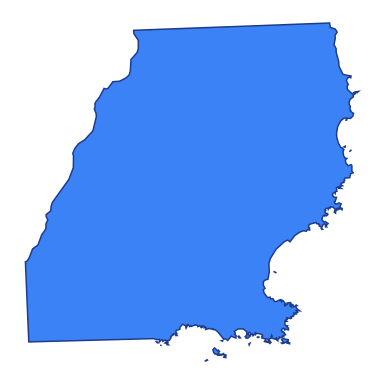 Florentino Ameghino, Chubut, Argentina (orthographic projection)
{"feature_id": "61730980B85426679485259", "entity_name": "Florentino Ameghino", "entity_type": "district", "adm_level": 2, "iso_a3": "ARG", "parent_name": "Argentina", "parent_adm1": "Chubut", "projection": "orthographic", "projection_center": [-65.622, -44.445], "detail": "fine", "context": "isolated", "style": "filled", "palette": "blue", "viewbox_px": 384, "rotation_deg": 0, "n_neighbors": 0, "source": "geoboundaries", "source_scale": "gbopen_adm2", "svg_char_len": 6074}
<svg xmlns="http://www.w3.org/2000/svg" viewBox="0 0 384 384"><path d="M133.6,30.3L133.9,33.7L138.3,40.3L138.3,48.5L137.1,52.5L131.0,59.5L130.3,71.1L129.2,74.8L126.3,77.7L119.7,81.2L112.9,81.7L108.2,88.1L106.3,89.1L104.0,88.4L99.6,97.0L95.8,101.9L94.9,103.8L95.1,106.8L94.3,108.8L96.1,113.6L96.3,116.7L92.9,130.8L84.7,139.8L78.6,143.6L74.8,148.5L72.8,153.2L73.5,156.2L73.3,167.7L68.9,179.3L52.3,202.5L51.1,206.4L50.8,210.8L46.2,214.5L46.1,216.5L47.8,220.0L45.9,223.9L46.0,227.8L45.2,230.0L41.7,234.8L37.9,245.1L32.6,248.9L29.3,257.6L27.2,260.9L25.4,261.8L28.8,341.9L153.9,338.6L156.3,339.7L159.3,339.4L159.7,341.6L161.5,339.8L162.9,340.3L162.9,341.3L165.2,340.0L166.7,341.7L165.0,343.0L166.2,343.2L167.1,344.8L168.4,344.8L165.9,342.8L167.0,341.8L167.9,343.3L168.0,341.8L167.0,340.7L169.5,340.2L171.1,337.6L170.8,336.4L172.5,335.5L172.4,334.7L173.6,334.7L173.4,333.8L175.0,333.8L175.9,334.2L175.8,335.5L177.1,335.5L176.4,334.5L176.9,333.3L175.8,332.1L176.2,330.4L179.9,329.3L179.9,327.3L182.7,324.2L185.5,325.7L186.1,328.1L187.2,325.9L186.4,325.5L188.0,324.4L190.0,327.1L189.8,326.2L191.1,326.3L190.6,325.3L191.7,326.2L195.5,324.9L197.6,325.5L197.9,326.6L199.7,325.7L201.3,327.7L202.1,327.4L201.8,326.0L203.6,326.0L204.1,327.8L205.1,326.9L206.0,327.4L205.7,329.5L208.9,328.5L212.6,329.2L212.8,328.1L213.3,329.6L215.3,329.8L217.9,331.9L223.6,339.1L225.7,338.9L227.7,340.5L231.2,336.2L235.9,338.0L236.1,335.5L234.6,334.1L235.3,333.2L234.5,331.1L238.3,328.9L243.2,328.9L246.7,331.7L246.8,334.9L245.2,336.7L246.3,337.0L246.0,337.9L247.7,338.2L250.5,335.9L250.2,334.8L249.2,335.3L248.3,334.4L248.4,332.9L249.4,332.1L251.5,334.5L252.2,334.0L253.0,335.7L253.9,334.3L254.8,334.8L255.3,333.1L255.8,334.2L256.4,333.3L261.4,334.2L262.6,335.1L261.8,336.6L262.4,336.6L262.0,338.1L268.2,339.3L268.6,340.3L268.0,341.1L269.9,343.5L271.0,342.4L268.8,339.5L270.9,338.1L271.6,335.3L272.1,336.4L271.4,336.8L271.5,338.1L275.3,339.2L276.4,337.9L277.1,338.9L276.5,339.7L277.8,340.8L277.7,339.5L279.4,338.1L279.4,337.0L280.8,337.7L282.6,337.0L282.6,336.2L283.8,336.6L283.7,335.4L285.5,334.8L284.0,332.4L282.4,332.1L282.8,331.5L281.3,330.7L281.8,329.3L283.6,328.2L284.8,329.9L285.1,329.1L288.5,329.9L288.4,328.0L287.0,326.9L287.6,325.9L285.8,325.6L284.8,323.8L285.0,321.4L286.9,321.4L285.6,320.2L287.3,319.4L286.7,317.8L290.8,318.6L291.6,317.9L291.0,316.7L294.1,316.0L293.0,315.7L294.6,314.5L293.9,313.3L295.9,313.8L295.4,313.0L296.8,312.9L296.7,312.1L297.3,312.1L296.1,310.6L299.7,310.8L296.9,308.8L295.6,306.2L293.4,306.9L293.2,305.4L292.3,305.4L292.6,304.6L291.3,304.3L290.5,305.0L291.3,306.8L290.2,306.3L290.0,304.5L291.0,303.7L290.5,302.6L287.1,303.0L287.2,304.5L284.8,305.8L284.4,304.8L285.4,303.6L283.0,300.6L282.1,300.2L281.6,301.5L280.9,299.8L280.2,300.6L279.8,299.8L276.5,301.5L274.5,301.4L272.8,298.6L270.6,298.9L270.1,297.1L267.5,297.6L264.1,293.0L263.3,289.8L265.0,288.4L263.4,285.4L263.4,281.6L265.8,279.7L267.9,279.4L269.3,272.0L268.9,263.6L270.3,258.6L276.1,249.2L284.6,241.5L287.8,240.1L290.0,241.8L294.7,235.6L299.6,232.2L303.6,230.7L306.3,231.3L307.4,229.7L309.7,230.0L309.5,227.7L308.8,227.9L308.4,226.2L309.5,224.3L315.9,222.5L316.7,223.7L318.6,223.6L318.6,224.6L319.5,224.8L319.4,226.2L321.1,226.7L321.5,228.2L322.7,225.1L324.1,223.9L325.3,224.2L325.5,226.8L326.7,226.9L326.1,225.6L328.1,223.6L325.4,221.6L323.9,222.0L321.8,219.6L322.9,216.0L324.1,215.4L324.8,216.1L325.3,215.1L326.5,215.8L327.9,214.6L327.6,213.5L325.4,213.1L324.8,211.2L325.7,210.6L325.0,209.5L326.5,208.2L327.9,208.3L328.2,209.4L329.2,207.4L330.1,208.1L330.7,207.0L333.0,207.1L335.2,209.2L334.3,212.2L335.5,213.1L335.4,211.9L336.4,210.5L336.1,209.4L337.1,208.6L337.8,209.5L338.2,208.0L339.1,208.0L338.9,208.8L339.5,209.7L339.3,209.0L340.6,208.7L342.0,209.8L342.2,208.4L340.5,207.9L340.0,206.3L341.2,203.9L338.8,202.9L336.3,204.2L334.7,203.2L334.3,201.8L335.1,201.6L336.5,197.4L333.6,197.1L332.4,194.6L333.6,192.8L334.7,192.4L335.2,193.3L335.5,191.5L336.9,191.3L336.4,187.5L338.3,186.8L338.6,188.3L341.3,188.4L339.8,187.4L339.8,186.3L342.5,185.8L340.9,184.7L341.1,183.3L343.8,182.5L343.3,182.0L344.7,180.6L344.1,179.6L345.2,178.0L349.7,177.7L350.6,173.8L353.2,172.8L351.9,171.2L351.9,165.7L351.3,164.7L348.2,165.7L345.8,163.0L345.4,159.9L346.8,158.4L345.0,158.0L343.7,156.0L343.0,151.8L343.9,149.4L340.7,147.3L338.2,142.7L336.7,136.8L336.6,132.8L337.8,126.3L340.9,120.6L344.3,118.0L350.5,118.4L352.8,116.2L353.6,113.5L350.5,111.3L350.8,110.6L349.9,109.1L350.4,106.4L349.1,104.3L349.2,101.7L350.1,99.4L353.4,96.8L353.1,95.3L355.2,93.8L354.9,92.8L357.1,92.7L358.6,91.4L354.7,92.0L352.1,93.8L347.4,89.3L347.1,85.8L348.3,84.7L346.4,80.6L347.4,78.1L350.1,76.9L350.7,77.6L351.1,76.1L343.0,74.4L339.0,66.2L338.7,61.5L336.2,52.3L336.1,48.6L334.0,44.6L335.3,38.4L335.0,35.2L337.1,32.3L336.5,30.9L335.0,28.9L330.3,27.5L329.6,23.0L133.6,30.3ZM217.6,350.8L214.5,347.9L212.9,349.7L213.7,352.6L215.0,354.0L217.4,354.3L217.5,355.2L222.6,355.1L218.8,353.8L218.4,352.9L219.5,351.4L218.3,350.1L217.6,350.8ZM288.3,339.7L282.9,338.6L281.6,339.6L283.2,342.0L282.9,343.0L284.1,343.0L288.1,341.1L288.3,339.7ZM224.9,355.1L223.4,353.5L222.7,353.9L224.5,355.2L223.8,357.3L225.8,357.6L225.9,354.9L224.9,355.1ZM267.5,342.3L265.3,340.1L264.4,341.5L267.5,342.3ZM289.7,342.9L287.7,342.0L287.0,343.0L289.6,343.8L289.7,342.9ZM276.5,273.0L274.1,271.5L273.6,271.5L276.5,273.0ZM259.5,337.3L258.0,336.8L256.8,337.5L259.5,337.3ZM240.4,337.9L238.9,336.0L238.1,336.4L239.4,338.0L240.4,337.9ZM158.3,342.8L157.7,342.0L156.5,341.9L157.4,342.9L158.3,342.8ZM345.3,120.3L346.7,120.1L346.8,119.5L345.3,120.3ZM207.5,360.1L207.1,359.7L205.5,360.8L205.9,361.0L207.5,360.1ZM345.1,147.2L345.2,146.2L343.9,146.9L345.1,147.2ZM249.2,344.9L249.9,343.3L248.9,343.9L249.2,344.9ZM221.6,340.8L222.5,341.2L222.7,340.6L221.6,340.8ZM349.4,151.7L350.9,150.5L350.8,150.3L349.4,151.7ZM297.0,305.6L296.2,305.0L295.6,305.5L295.9,305.8L297.0,305.6ZM283.0,343.4L282.3,342.9L281.5,343.0L282.2,343.6L283.0,343.4ZM322.5,229.3L321.9,228.5L321.4,228.6L322.0,229.3L322.5,229.3ZM161.0,345.4L160.1,345.1L161.5,345.7L161.0,345.4Z" fill="#3b82f6" stroke="#1e3a8a" stroke-width="1.5"/></svg>